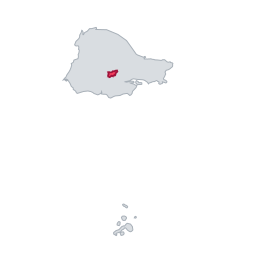 Guaranda, Bolivar, Ecuador (highlighted), rotated 260°
{"feature_id": "8360857B44914689230683", "entity_name": "Guaranda", "entity_type": "district", "adm_level": 2, "iso_a3": "ECU", "parent_name": "Ecuador", "parent_adm1": "Bolivar", "projection": "equal_earth", "projection_center": [-79.091, -1.439], "detail": "fine", "context": "in_parent", "style": "filled", "palette": "rose", "viewbox_px": 256, "rotation_deg": 260, "n_neighbors": 0, "source": "geoboundaries", "source_scale": "gbopen_adm2", "svg_char_len": 5615}
<svg xmlns="http://www.w3.org/2000/svg" viewBox="0 0 256 256"><g transform="rotate(260 128 128)"><path d="M232.2,99.5L231.5,100.1L229.7,100.4L228.4,99.8L227.8,99.8L227.7,100.4L229.5,101.9L230.4,104.7L231.7,106.4L232.4,107.2L232.5,107.8L232.2,108.9L232.2,109.8L232.6,114.0L232.3,114.3L231.4,114.3L230.6,113.5L228.5,124.0L221.9,134.3L214.4,141.7L205.7,145.9L199.3,148.9L198.3,150.0L195.2,155.2L195.0,155.7L195.5,156.6L195.5,157.2L195.0,157.5L194.6,157.6L194.5,157.3L194.3,156.7L193.9,156.0L193.4,155.9L193.1,156.0L193.1,156.6L192.5,159.4L192.4,160.8L192.2,161.3L192.2,162.5L191.5,163.7L191.0,165.5L190.5,166.1L189.8,169.1L188.9,172.0L188.8,172.9L189.1,173.7L189.2,174.2L188.8,176.0L186.5,177.8L186.0,178.6L185.7,179.6L185.9,180.4L185.8,181.1L185.1,181.3L184.4,183.0L183.8,183.4L182.4,182.8L181.4,182.8L180.6,182.3L179.0,179.5L178.4,177.9L178.2,175.6L176.7,174.2L174.6,174.5L174.0,174.0L172.5,173.1L171.2,172.0L170.3,171.4L169.5,171.7L168.3,173.5L167.2,174.3L166.6,174.3L166.0,173.7L165.8,173.1L167.5,169.9L166.3,169.9L165.8,169.2L165.8,168.4L165.5,167.6L165.8,166.5L166.5,166.0L167.5,166.4L168.2,166.4L168.6,165.5L169.6,164.7L169.8,164.3L169.3,162.7L169.1,161.9L169.3,161.4L169.2,159.7L168.9,159.1L168.9,158.2L168.7,157.6L168.6,156.5L167.9,155.9L170.0,154.8L170.8,153.9L171.7,153.1L172.5,151.9L173.0,150.7L174.3,145.4L175.5,142.0L175.3,140.3L174.3,138.1L174.1,134.9L174.2,133.9L174.0,133.2L173.4,134.5L173.6,139.3L173.0,141.4L172.2,142.0L171.7,141.6L171.9,138.1L171.4,138.7L170.4,141.1L168.9,142.8L168.8,143.4L168.4,144.2L167.2,143.5L166.3,142.8L163.3,138.8L161.3,138.0L160.1,136.6L159.9,136.1L159.8,135.3L161.0,134.4L162.2,133.3L162.3,130.9L162.3,129.0L161.4,125.7L161.8,121.4L161.6,119.7L160.5,116.2L161.3,114.4L164.1,113.1L165.0,112.2L165.6,109.4L166.2,107.7L167.5,108.4L168.4,108.3L167.1,107.7L166.1,105.1L165.9,104.0L167.9,100.5L169.0,99.6L170.3,97.8L171.4,95.0L171.7,90.6L171.3,87.5L170.9,84.2L171.6,83.3L173.3,82.9L174.6,81.8L175.3,80.8L177.0,81.0L178.8,79.4L181.9,78.7L186.1,76.9L187.0,75.4L186.6,72.6L188.1,74.3L188.8,75.6L191.0,77.1L193.6,79.7L195.2,81.0L197.1,82.2L199.7,83.5L201.3,83.3L202.0,85.2L202.6,85.8L204.2,86.5L204.3,86.7L204.9,90.4L205.2,90.9L206.6,91.5L208.2,91.7L208.8,91.6L210.3,92.6L212.5,93.4L213.3,93.5L213.6,93.3L213.8,93.0L214.4,93.0L215.4,93.5L216.7,93.6L217.6,93.2L217.8,91.1L218.1,90.7L219.1,89.9L219.6,90.1L222.2,91.7L222.7,92.3L223.4,93.4L224.6,95.1L225.9,96.1L227.9,96.6L229.9,98.3L232.2,99.5ZM28.3,97.2L29.0,98.3L29.5,101.5L32.0,104.8L32.4,106.7L32.1,107.5L32.3,107.9L33.5,109.2L34.3,110.6L32.9,113.8L30.1,115.2L27.0,115.1L26.4,114.8L25.6,113.5L25.4,112.4L25.9,111.4L27.5,109.8L29.9,108.4L30.2,107.3L29.2,106.2L28.5,104.1L27.0,102.6L26.3,98.1L25.7,97.8L24.7,98.5L24.2,97.9L24.1,97.6L25.2,96.6L25.5,95.8L27.1,95.5L27.8,96.1L28.3,97.2ZM40.2,110.9L39.5,110.9L37.6,109.3L37.7,107.6L38.5,106.5L41.0,106.0L42.1,107.0L42.0,109.0L41.2,110.4L40.5,110.7L40.2,110.9ZM170.4,148.7L170.1,149.4L168.9,149.3L168.6,149.1L168.9,146.0L169.2,145.0L170.2,144.0L171.0,143.5L172.1,143.6L173.2,144.5L171.9,146.1L170.8,146.5L170.4,148.7ZM26.3,105.6L25.0,105.9L23.9,105.3L23.5,104.4L23.4,103.0L23.5,102.5L25.9,102.0L26.6,103.2L26.6,104.9L26.3,105.6ZM51.9,113.3L50.4,114.0L49.6,113.3L49.5,112.9L50.3,111.9L51.1,111.3L51.8,110.1L53.2,109.3L53.6,109.5L53.8,109.8L53.9,110.2L53.5,111.2L52.7,111.8L51.9,113.3ZM37.2,103.4L36.6,103.9L34.2,103.3L33.4,102.3L34.0,101.0L34.5,100.4L36.0,100.9L37.4,102.4L37.2,103.4ZM39.1,120.7L38.6,120.7L37.9,120.0L38.4,118.6L39.4,119.3L39.7,119.9L39.1,120.7ZM185.9,76.1L185.2,76.3L184.9,75.4L185.8,74.5L186.1,74.3L185.9,76.1Z" fill="#d9dde1" stroke="#a8b0b8" stroke-width="1"/><path d="M186.5,118.1L186.3,118.2L186.1,118.1L185.9,118.1L185.7,118.0L185.5,118.3L185.4,118.4L185.5,118.4L185.5,118.5L185.4,118.5L185.2,118.5L184.9,118.6L184.7,118.5L184.5,118.4L184.4,118.4L184.3,118.2L184.2,118.2L184.0,117.9L183.9,117.9L183.8,117.7L183.7,117.7L183.5,117.4L183.4,117.4L183.4,117.5L183.2,117.5L182.9,117.5L182.7,117.6L182.4,117.8L182.3,117.7L182.3,117.8L182.2,117.8L181.9,117.9L181.9,118.0L181.7,118.2L181.6,118.3L181.4,118.4L181.2,118.4L181.2,118.7L181.1,118.8L181.1,119.0L181.3,119.1L181.4,119.3L181.8,119.7L181.8,119.8L181.8,120.0L181.9,120.3L182.0,120.3L182.1,120.2L182.2,120.3L182.3,120.5L182.2,120.5L181.9,120.6L181.7,120.8L181.4,120.9L181.5,120.9L181.5,121.0L181.8,121.1L181.8,121.3L182.0,121.3L182.0,121.5L182.1,121.8L182.0,122.0L181.9,122.1L182.0,122.1L182.0,122.3L182.0,122.5L182.1,122.8L182.2,123.0L182.3,123.0L182.3,123.3L182.4,123.5L182.5,123.6L182.6,123.8L182.4,123.9L182.2,123.8L181.9,123.8L181.8,124.0L181.9,124.3L182.0,124.5L182.3,124.5L182.5,124.4L182.7,124.7L182.7,124.8L182.8,124.8L182.9,124.7L183.0,124.7L183.0,124.8L183.1,125.0L183.3,125.1L183.4,125.3L183.5,125.3L183.8,125.3L183.9,125.5L184.0,125.6L184.3,125.6L184.5,125.7L184.5,125.8L184.7,126.0L184.7,126.3L184.7,126.5L184.8,126.7L184.8,126.8L185.0,126.9L185.4,127.0L185.5,127.1L185.6,127.3L185.7,127.2L185.8,127.2L185.9,127.3L186.1,127.2L186.3,127.1L186.5,127.2L186.5,126.9L186.6,126.7L186.6,126.4L186.8,126.3L186.8,126.2L186.7,125.9L186.7,125.5L186.7,125.4L186.4,125.3L186.2,125.1L186.1,124.9L186.2,124.5L186.2,124.4L186.3,124.3L186.2,124.2L186.3,124.1L186.2,123.9L186.3,123.8L186.5,123.6L186.4,123.3L186.3,123.1L186.3,122.9L186.3,122.7L186.2,122.7L186.0,122.4L186.0,122.2L185.9,122.2L186.0,122.2L185.9,122.1L185.9,121.9L185.7,121.8L185.7,121.7L185.7,121.4L185.6,121.1L185.6,120.9L185.7,120.7L185.8,120.7L185.9,120.4L186.1,119.9L186.1,119.7L186.2,119.4L186.3,119.3L186.2,119.2L186.2,118.8L186.1,118.7L186.3,118.4L186.4,118.2L186.5,118.2L186.5,118.1Z" fill="#f43f5e" stroke="#9f1239" stroke-width="1.5"/></g></svg>